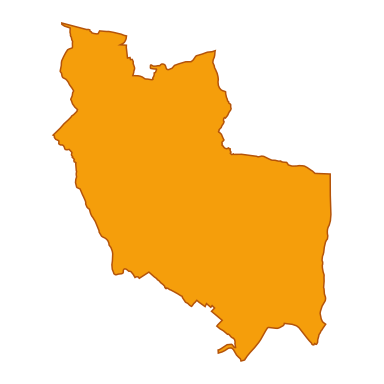 Catunele, Mehedinti, Romania (Albers equal-area conic projection)
{"feature_id": "2599482B53322933719204", "entity_name": "Catunele", "entity_type": "district", "adm_level": 2, "iso_a3": "ROU", "parent_name": "Romania", "parent_adm1": "Mehedinti", "projection": "albers", "projection_center": [22.933, 44.84], "detail": "fine", "context": "isolated", "style": "filled", "palette": "amber", "viewbox_px": 384, "rotation_deg": 0, "n_neighbors": 0, "source": "geoboundaries", "source_scale": "gbopen_adm2", "svg_char_len": 5839}
<svg xmlns="http://www.w3.org/2000/svg" viewBox="0 0 384 384"><path d="M218.3,353.1L222.2,351.9L225.0,350.5L228.0,348.5L229.0,348.1L231.0,348.0L232.0,348.3L233.4,349.6L236.5,355.0L238.5,357.1L240.4,358.8L241.0,361.0L244.1,360.2L245.0,359.6L245.4,358.4L246.3,357.7L246.7,356.7L250.2,352.4L254.6,347.6L258.7,342.5L260.6,339.7L265.8,330.5L267.5,327.9L268.3,327.5L269.1,327.5L276.1,328.3L277.8,328.3L279.7,327.6L283.1,325.7L284.0,324.7L284.3,323.4L292.1,324.3L296.5,325.8L298.9,327.6L307.0,338.0L309.4,340.9L311.4,343.0L311.8,344.0L312.5,344.7L313.8,344.9L314.7,343.5L315.8,344.3L316.4,344.3L316.9,343.7L317.6,342.3L317.7,339.8L318.6,336.7L319.0,334.6L320.1,333.0L321.2,330.6L321.9,330.0L322.8,328.4L325.7,324.2L323.1,322.3L322.3,321.3L321.2,318.9L320.1,313.3L320.5,311.1L322.1,306.1L325.2,300.8L325.4,300.1L325.6,298.3L325.4,296.9L324.4,294.0L324.0,288.8L323.6,287.5L324.1,281.2L324.0,277.2L324.1,275.0L323.1,271.8L322.4,267.8L322.3,265.2L322.7,264.2L322.7,263.2L322.7,262.1L322.1,260.6L322.1,259.5L322.5,256.2L323.2,254.4L323.7,252.4L324.3,247.2L325.5,242.1L326.5,240.1L327.4,239.0L327.8,235.9L327.4,233.8L327.3,231.6L327.5,229.4L328.0,227.5L329.2,225.1L330.4,220.7L330.9,214.6L330.3,195.3L330.2,174.0L315.0,173.4L312.4,171.0L311.5,170.5L307.3,167.6L304.5,166.1L302.7,165.8L299.2,165.6L296.7,166.0L292.8,166.1L291.7,166.0L288.3,164.9L287.4,163.3L286.6,162.4L282.9,162.1L281.2,161.6L280.8,161.4L280.7,161.0L278.8,161.2L275.1,160.3L271.9,160.2L269.3,159.1L263.8,156.4L261.7,156.1L258.1,156.9L256.6,156.3L241.7,154.3L233.7,154.4L233.4,153.9L231.9,154.6L231.4,154.3L230.3,153.3L230.4,152.9L231.0,152.1L230.1,150.5L230.2,148.9L229.1,148.7L228.9,148.2L228.5,147.9L226.9,148.7L226.4,148.7L224.9,148.2L223.9,147.4L223.5,146.5L223.0,146.2L222.6,145.4L222.0,145.1L222.2,143.8L221.9,142.9L222.0,142.2L223.6,140.5L223.9,140.1L223.9,139.7L223.3,138.8L221.3,134.1L220.2,133.3L219.8,132.5L218.7,132.1L218.5,131.7L218.9,130.7L219.1,130.5L219.1,129.7L221.2,127.5L222.0,125.5L222.9,124.3L223.8,122.7L224.0,121.5L223.6,121.2L223.5,120.7L223.6,119.0L223.8,118.6L224.4,117.6L225.4,118.1L227.4,115.7L228.0,114.6L228.9,112.5L230.7,109.9L231.1,108.6L230.7,107.1L230.7,104.7L230.4,104.2L228.7,102.9L228.6,101.7L227.6,100.9L227.2,99.0L226.5,97.5L225.7,93.9L225.6,91.8L225.1,91.5L222.4,90.6L221.0,89.8L219.5,88.0L218.4,85.5L218.0,82.0L218.3,79.4L218.0,76.8L217.2,73.4L215.4,69.3L214.6,67.9L214.2,65.7L212.8,62.5L213.2,59.8L214.3,57.1L214.7,55.2L215.0,51.5L215.2,50.7L212.1,51.7L207.3,52.2L202.1,54.1L196.3,55.8L195.5,56.6L193.1,60.1L191.1,61.7L185.6,61.8L178.6,63.9L174.5,65.4L172.1,68.2L168.7,69.6L167.7,69.6L166.8,69.2L166.1,68.0L165.6,66.2L164.8,64.8L163.7,64.2L162.6,64.0L161.8,64.0L160.6,64.7L159.8,65.7L158.0,65.7L155.9,66.1L153.5,66.2L151.0,64.9L150.5,65.3L150.4,66.6L150.4,67.9L150.7,68.4L153.5,68.9L156.4,69.1L156.6,69.6L156.4,70.1L155.4,72.5L154.2,72.9L154.2,74.6L153.9,75.8L153.5,76.8L153.0,77.4L152.7,78.6L153.0,79.0L152.9,79.4L152.6,79.6L151.5,79.7L147.7,79.1L145.7,79.0L144.9,78.8L142.3,77.0L140.2,76.2L138.2,75.8L132.8,75.6L133.7,72.5L134.0,70.3L134.2,70.2L134.6,68.8L134.5,67.5L133.2,63.7L133.2,61.5L132.2,59.4L130.5,59.6L130.0,57.5L127.5,58.0L126.3,47.5L126.4,45.2L120.3,44.8L122.8,43.6L124.3,42.4L125.4,40.6L126.1,38.8L126.5,35.9L124.2,35.4L121.2,34.2L113.7,32.4L108.9,31.5L106.6,31.5L99.6,30.9L98.1,33.7L96.7,33.9L94.0,33.5L91.9,32.9L91.3,31.9L90.0,31.1L89.8,29.9L88.5,29.5L86.5,29.5L61.8,23.0L61.9,24.4L64.5,26.1L70.2,28.0L70.0,32.3L70.5,34.3L70.4,35.2L70.7,36.3L71.3,37.2L71.8,39.8L72.6,41.4L72.4,43.3L72.5,46.3L72.4,47.5L72.0,48.0L69.3,48.9L67.6,49.8L65.7,52.7L63.6,56.7L61.7,60.9L61.4,62.9L61.3,65.5L60.4,69.9L60.2,71.2L60.3,71.6L61.5,73.2L62.0,75.9L62.6,77.3L63.3,77.9L65.7,79.1L66.9,80.3L68.4,82.4L69.5,84.7L72.1,88.3L73.6,90.8L73.6,91.1L72.7,92.6L72.2,95.9L70.8,99.1L70.8,99.6L71.4,100.6L72.5,103.8L74.8,107.1L76.9,109.0L77.5,109.7L77.1,110.2L77.2,110.9L76.1,112.2L73.6,114.7L71.7,116.0L71.0,117.1L68.5,119.7L64.0,123.8L60.2,128.2L53.1,135.1L53.6,135.3L54.3,135.9L54.4,137.5L55.7,139.3L58.7,140.7L58.9,141.8L58.8,143.7L59.3,144.3L60.5,144.9L62.5,145.0L63.4,145.7L64.1,146.7L64.8,148.8L65.3,149.5L66.9,149.8L69.2,149.4L71.7,152.2L71.9,152.7L71.4,154.8L71.5,155.1L72.6,156.5L72.2,157.1L74.3,159.4L74.0,160.1L73.9,160.6L74.0,161.2L74.3,161.9L74.9,162.0L76.0,162.9L75.7,163.6L76.3,170.6L76.6,171.3L76.2,173.9L76.3,175.2L76.6,176.9L75.8,179.4L75.5,182.6L76.6,187.0L77.1,187.6L80.1,189.0L82.5,194.7L83.6,196.9L85.3,200.8L85.7,202.2L85.7,204.0L86.9,207.0L88.2,208.4L89.4,209.2L90.5,213.2L91.2,214.9L92.0,216.4L92.7,217.2L95.3,221.5L99.1,230.8L99.1,232.0L99.6,232.9L101.5,236.1L102.6,236.9L104.9,238.0L106.3,239.0L107.7,240.5L108.8,242.9L109.1,245.1L110.9,247.5L111.9,250.1L112.4,251.7L112.7,253.9L112.4,260.9L111.9,264.7L112.2,268.5L112.3,269.4L113.6,272.6L113.9,273.7L115.3,274.7L116.5,274.7L118.4,274.1L121.8,273.7L122.9,273.1L123.3,272.1L123.3,270.3L123.8,269.4L124.5,268.9L125.7,269.0L126.7,269.5L128.9,271.3L129.6,271.2L131.0,271.7L133.2,274.4L135.0,277.5L136.2,276.8L137.6,276.8L138.3,277.1L139.3,278.3L148.9,272.1L154.3,276.9L156.7,278.6L157.3,279.6L159.1,280.8L160.7,282.7L163.0,284.5L164.5,286.1L164.7,286.6L164.8,287.3L165.7,288.5L166.2,288.5L166.0,287.9L168.1,288.4L169.4,289.5L170.8,290.0L177.6,293.7L181.1,295.9L182.0,296.2L182.3,296.6L182.4,297.5L185.5,302.2L187.8,303.4L189.6,305.2L191.4,306.4L192.1,305.9L193.7,303.6L195.3,302.1L196.8,300.3L199.1,302.3L205.1,306.6L206.5,303.6L210.8,307.3L212.1,305.6L214.6,308.0L211.5,311.3L222.2,320.3L217.8,324.8L216.8,326.1L220.0,328.8L223.4,330.8L227.5,334.3L228.3,334.1L229.4,334.9L231.1,336.9L232.6,338.0L233.3,338.1L233.8,338.7L234.6,339.7L235.0,341.4L235.1,342.6L234.9,343.3L235.1,344.0L235.1,344.8L235.6,347.3L235.6,347.6L235.0,347.6L234.2,347.3L232.3,344.8L231.5,344.3L227.1,344.7L220.7,348.9L219.2,349.7L218.1,350.0L218.3,353.1Z" fill="#f59e0b" stroke="#b45309" stroke-width="1.5"/></svg>